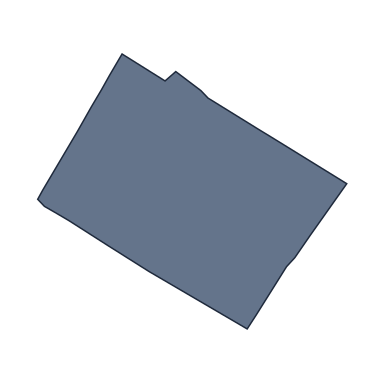 Dois Irmãos, Rio Grande do Sul, Brazil, rotated 113°
{"feature_id": "56859067B39393866453324", "entity_name": "Dois Irmãos", "entity_type": "district", "adm_level": 2, "iso_a3": "BRA", "parent_name": "Brazil", "parent_adm1": "Rio Grande do Sul", "projection": "albers", "projection_center": [-51.091, -29.598], "detail": "fine", "context": "isolated", "style": "filled", "palette": "slate", "viewbox_px": 384, "rotation_deg": 113, "n_neighbors": 0, "source": "geoboundaries", "source_scale": "gbopen_adm2", "svg_char_len": 461}
<svg xmlns="http://www.w3.org/2000/svg" viewBox="0 0 384 384"><g transform="rotate(113 192 192)"><path d="M274.4,247.1L282.0,200.4L296.5,87.7L279.9,84.8L223.8,75.8L212.3,71.7L185.5,66.2L123.9,52.8L111.2,135.8L108.1,156.7L99.3,213.9L95.2,223.4L87.5,254.0L100.3,260.2L92.3,310.3L116.9,313.5L133.4,315.3L152.7,317.9L180.7,321.1L248.3,330.1L259.0,331.2L262.9,322.2L264.1,312.1L266.4,294.4L274.4,247.1Z" fill="#64748b" stroke="#1e293b" stroke-width="1.5"/></g></svg>